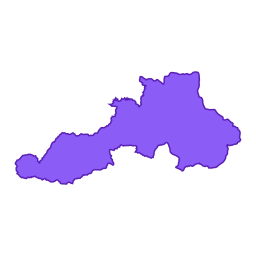 Rio Iró (Santa Rita), Chocó, Colombia (orthographic projection)
{"feature_id": "7082276B57881293772314", "entity_name": "Rio Iró (Santa Rita)", "entity_type": "district", "adm_level": 2, "iso_a3": "COL", "parent_name": "Colombia", "parent_adm1": "Chocó", "projection": "orthographic", "projection_center": [-76.486, 5.181], "detail": "fine", "context": "isolated", "style": "filled", "palette": "violet", "viewbox_px": 256, "rotation_deg": 0, "n_neighbors": 0, "source": "geoboundaries", "source_scale": "gbopen_adm2", "svg_char_len": 5870}
<svg xmlns="http://www.w3.org/2000/svg" viewBox="0 0 256 256"><path d="M18.5,174.5L20.2,176.7L21.8,177.7L22.7,177.3L23.6,177.9L26.0,178.5L26.7,178.4L27.7,177.2L29.3,177.6L29.7,177.7L30.3,177.1L31.2,177.5L31.8,176.6L33.0,177.0L34.5,176.2L37.8,177.9L39.2,178.4L40.9,178.6L41.6,179.1L42.3,179.9L44.4,178.7L45.3,178.6L45.7,179.0L46.2,180.1L46.9,179.9L48.3,180.3L50.5,181.8L52.2,181.9L53.7,181.7L54.3,181.2L54.9,181.2L56.4,179.9L57.0,179.8L58.0,180.3L59.2,181.7L60.2,182.2L60.2,183.0L61.2,183.7L66.6,184.0L66.9,183.2L68.0,182.5L69.4,182.2L70.3,182.6L71.0,183.3L72.0,183.2L72.6,183.5L73.2,180.9L74.2,180.0L74.5,179.1L76.3,178.6L77.0,178.7L77.7,178.3L80.3,178.2L80.8,177.5L82.1,176.6L83.1,174.9L84.2,175.2L86.2,174.7L87.2,175.0L88.1,174.1L89.5,173.4L90.5,173.5L91.6,172.7L91.9,171.5L92.6,170.6L93.4,170.1L94.7,169.7L100.6,169.9L103.3,168.4L105.3,168.3L105.9,168.1L106.4,167.6L106.5,166.1L107.3,165.1L107.7,163.8L108.7,163.0L111.3,164.0L112.7,165.0L113.2,165.0L113.7,164.3L113.6,163.1L112.5,161.3L112.3,159.6L111.1,158.4L110.8,157.6L110.8,157.0L111.5,155.9L111.3,155.5L110.3,154.9L109.9,153.6L109.5,150.9L109.9,149.6L110.9,149.6L113.9,150.4L114.7,149.4L114.9,148.6L115.9,148.5L116.9,148.8L118.0,147.2L119.6,147.0L120.2,145.5L121.1,144.9L123.4,145.9L124.0,145.5L125.5,145.7L126.8,145.4L128.0,145.6L129.5,145.3L131.2,145.3L133.1,145.9L134.1,145.6L136.0,145.8L136.6,146.3L136.8,147.0L136.8,147.6L136.1,148.4L137.1,149.3L137.1,149.6L136.4,150.2L135.3,152.0L136.8,152.1L137.8,153.0L139.3,152.5L141.3,154.2L142.5,154.5L142.8,155.2L144.4,155.7L144.8,156.2L146.7,155.8L147.4,156.7L149.4,157.2L151.1,158.1L152.3,157.4L153.2,157.4L153.3,156.2L154.0,154.4L154.0,152.6L154.5,151.0L155.4,149.4L156.7,148.0L158.3,145.4L160.1,145.2L160.7,144.9L161.9,144.9L164.1,144.1L164.7,143.9L165.4,142.9L166.6,142.6L167.2,142.7L168.1,143.6L169.8,148.2L170.3,151.9L170.6,152.4L172.5,154.1L175.9,155.5L178.3,157.0L178.9,157.7L179.4,158.9L178.9,160.1L179.2,161.3L178.6,162.5L178.3,165.2L177.3,166.2L176.1,166.7L175.9,167.5L180.6,169.5L182.0,170.8L182.8,170.8L183.5,170.2L184.7,167.5L186.4,166.4L187.4,166.6L188.4,166.0L189.3,166.2L190.4,165.4L191.8,166.1L192.8,166.2L195.6,164.1L196.7,163.8L199.0,163.5L199.4,163.2L200.1,164.2L201.3,164.4L202.9,165.9L205.2,166.5L206.4,166.0L207.9,166.2L208.6,167.9L211.8,168.0L213.3,167.6L215.7,167.4L217.4,166.5L218.4,165.3L223.0,162.2L224.3,160.6L225.5,158.4L225.8,156.2L227.4,153.9L227.5,151.2L228.1,148.8L228.0,148.0L227.3,147.1L227.3,146.2L226.8,145.9L227.2,145.0L227.8,144.7L228.6,145.5L229.2,145.6L232.5,145.0L234.5,144.2L236.4,144.0L237.3,143.4L237.3,143.0L237.9,142.1L239.6,141.5L240.1,140.8L240.6,139.6L239.5,137.7L240.1,133.2L239.8,131.4L239.1,130.3L238.2,129.7L237.7,128.6L237.6,127.8L236.0,127.4L234.7,126.3L232.8,126.2L233.0,123.5L231.9,122.6L230.5,122.0L228.2,119.5L227.3,119.2L225.4,119.9L224.0,120.0L223.2,119.4L222.9,118.2L222.9,117.2L218.0,114.0L216.4,112.1L215.1,110.0L214.6,109.6L209.7,109.7L205.9,109.0L204.9,108.2L203.0,104.2L202.4,99.2L201.4,97.7L199.1,96.8L197.5,91.3L197.6,90.1L199.0,86.8L199.2,84.7L199.0,81.6L199.4,80.3L199.0,74.5L198.3,72.7L197.4,72.2L195.4,72.0L194.0,72.2L193.0,72.5L191.7,73.7L190.0,74.6L188.6,74.4L187.5,73.7L186.9,74.0L185.8,73.8L184.6,74.5L183.1,73.8L181.1,74.4L179.0,74.4L177.2,73.3L172.7,72.6L171.0,72.6L169.7,73.7L169.0,75.3L167.8,76.2L164.8,76.5L164.2,78.5L164.2,82.2L163.6,83.9L162.7,83.9L160.8,82.1L159.3,81.2L157.6,79.7L156.7,79.7L155.1,81.1L153.4,80.6L152.2,79.3L151.3,78.8L148.5,78.8L146.2,79.9L145.7,79.2L144.1,78.5L142.9,77.6L142.6,77.1L141.5,76.7L140.7,76.6L140.0,77.0L139.9,79.3L139.5,79.9L140.0,81.5L141.1,81.8L141.8,82.8L142.6,83.1L142.6,83.6L142.3,84.5L142.6,85.0L144.5,85.3L144.7,86.1L145.7,85.7L145.9,85.8L144.5,87.7L145.1,88.7L144.4,89.4L144.3,90.5L143.3,92.1L142.8,92.4L143.5,93.4L143.6,93.8L143.0,94.8L143.5,95.6L142.8,96.0L142.2,95.9L142.0,96.4L141.4,96.6L141.0,97.5L141.2,98.2L140.8,99.1L141.2,100.4L140.7,102.9L141.1,103.5L141.3,104.6L140.0,105.6L139.3,106.7L138.8,106.5L138.2,104.9L137.2,104.3L135.9,104.0L135.7,103.2L135.9,102.4L134.7,100.8L133.9,100.3L132.9,100.3L132.4,99.9L132.0,99.1L130.0,99.0L129.7,99.6L129.0,98.9L128.8,99.3L128.3,98.7L127.8,99.1L127.4,98.5L127.2,99.8L126.5,99.6L126.3,99.1L126.0,99.9L125.7,100.0L125.2,99.5L125.1,98.3L124.6,97.9L124.1,98.8L123.3,99.1L122.6,99.1L121.7,98.5L121.5,99.3L121.0,99.8L120.9,100.7L118.3,101.2L117.0,100.4L117.8,99.8L117.8,99.3L116.5,98.8L115.8,97.9L115.4,99.0L114.7,99.2L115.3,100.1L114.4,100.0L114.1,100.4L113.5,100.2L113.6,101.1L113.2,101.3L113.1,101.7L113.2,102.2L113.6,102.4L113.4,102.8L111.5,104.4L109.7,104.4L110.9,105.2L111.8,106.2L113.2,106.1L116.3,106.6L117.1,107.0L117.0,108.0L115.7,109.7L115.7,111.9L116.2,113.3L115.1,114.5L115.3,115.7L114.9,116.6L112.3,116.3L112.2,117.0L111.2,118.0L111.0,118.6L111.6,120.3L111.1,121.1L111.0,122.0L110.6,122.5L110.5,123.4L108.8,124.4L108.2,125.8L106.6,125.9L106.3,126.4L104.5,127.6L103.1,127.8L101.9,127.6L101.0,127.9L98.7,130.6L97.7,132.8L97.2,133.1L95.6,133.1L94.4,133.5L93.5,135.0L92.5,135.5L91.2,135.3L89.1,135.7L88.5,135.4L88.3,134.6L87.5,134.2L83.2,134.5L81.2,133.8L78.8,135.6L76.5,136.0L75.2,135.1L74.8,134.1L73.7,133.7L73.0,132.9L70.3,134.3L69.4,134.5L68.8,134.4L68.0,133.7L66.2,133.8L64.8,132.9L63.3,133.0L62.7,132.7L61.9,133.0L60.6,134.3L59.9,134.7L59.3,136.0L58.2,136.4L57.5,137.8L56.2,138.4L54.6,141.9L53.4,141.9L52.0,143.2L50.9,145.9L50.7,147.4L48.3,149.7L47.2,151.1L46.9,152.7L44.3,155.7L43.6,157.4L42.6,157.8L42.1,158.2L42.3,159.5L40.0,161.0L39.6,163.0L39.3,162.9L38.6,161.9L37.9,161.5L37.6,159.6L37.7,158.7L37.2,158.5L36.7,157.6L36.1,157.4L35.6,155.8L33.7,156.2L32.9,155.3L30.2,154.3L28.1,154.4L26.7,155.1L25.5,154.9L24.4,155.3L22.7,155.5L19.4,159.3L18.5,159.9L17.1,160.2L16.3,161.7L15.4,162.9L15.6,164.1L16.9,165.6L17.1,166.4L17.1,166.9L16.3,167.5L16.2,169.2L16.4,170.7L17.8,172.0L17.8,172.5L17.2,173.0L17.0,173.6L18.5,174.5Z" fill="#8b5cf6" stroke="#5b21b6" stroke-width="1.5"/></svg>